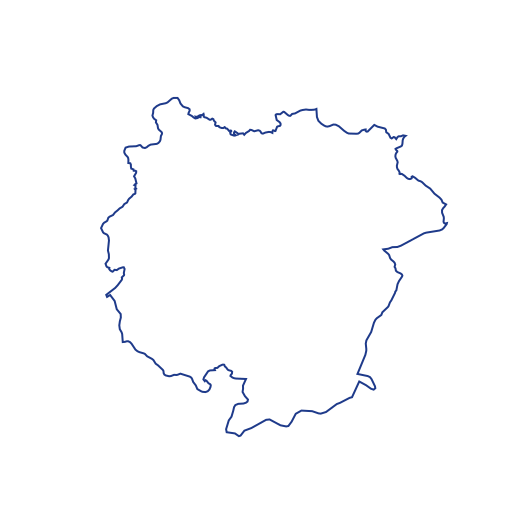 map outline of Kayes (Albers equal-area conic projection), rotated 115°
{"feature_id": "MLI-2793", "entity_name": "Kayes", "entity_type": "Region", "adm_level": 1, "iso_a3": "MLI", "parent_name": "Mali", "parent_adm1": "", "projection": "albers", "projection_center": [-10.556, 13.794], "detail": "fine", "context": "isolated", "style": "outline", "palette": "blue", "viewbox_px": 512, "rotation_deg": 115, "n_neighbors": 0, "source": "natural_earth", "source_scale": "10m", "svg_char_len": 6111}
<svg xmlns="http://www.w3.org/2000/svg" viewBox="0 0 512 512"><g transform="rotate(115 256 256)"><path d="M120.0,297.8L119.5,297.8L118.5,296.9L117.3,294.0L113.7,292.2L113.5,291.3L114.8,286.7L114.9,285.1L114.4,284.1L112.0,283.3L110.3,280.9L105.5,277.3L104.0,275.5L102.1,272.6L101.1,269.5L99.4,266.1L98.3,264.4L97.2,263.4L104.3,259.5L107.1,256.6L108.5,252.7L109.0,249.3L109.0,247.5L108.5,245.9L107.1,244.1L104.2,241.5L103.3,239.3L103.4,235.7L105.3,229.1L105.9,225.6L105.8,223.7L102.7,216.5L101.9,215.2L100.7,214.4L97.5,213.2L95.7,211.2L95.0,210.1L96.2,209.6L96.6,208.5L96.0,207.4L87.2,204.2L87.4,200.5L86.0,193.2L86.6,191.7L88.8,190.2L89.3,187.4L92.0,184.1L92.1,182.7L90.0,181.5L89.8,180.5L90.8,178.3L88.5,178.0L87.3,177.4L86.2,175.2L84.5,173.7L83.9,171.2L85.3,171.9L87.2,172.2L89.0,172.0L92.5,170.7L94.3,170.4L95.6,171.1L99.1,174.3L100.0,174.8L100.7,173.8L101.1,172.4L101.7,172.0L103.3,172.4L104.9,172.4L106.6,171.9L108.0,170.9L110.0,168.2L111.2,167.2L114.6,166.5L116.1,165.7L117.3,164.6L118.3,162.7L119.5,161.2L120.9,160.7L120.9,160.1L120.1,158.9L120.0,158.4L120.5,155.3L121.5,152.4L121.7,150.8L121.5,149.6L120.9,148.6L119.9,147.8L119.4,147.8L118.4,148.4L117.6,147.8L117.9,144.8L118.9,141.3L119.0,140.4L118.7,138.4L118.9,136.6L120.5,132.0L121.3,126.6L124.1,120.6L125.5,114.4L126.6,111.7L128.7,109.4L128.9,105.5L131.4,105.9L133.6,106.6L135.8,106.8L138.2,105.6L141.2,102.4L142.6,101.6L145.7,100.5L146.5,99.7L146.7,98.4L145.5,96.9L146.5,96.7L151.2,97.7L153.2,98.5L155.3,100.4L162.9,111.6L164.5,113.4L185.4,129.0L188.1,131.7L190.4,136.2L193.5,139.2L196.2,143.4L196.9,142.0L198.2,137.1L198.9,135.7L201.2,133.6L202.1,132.1L202.9,129.0L203.5,127.6L204.9,126.2L207.3,125.8L208.2,124.4L210.2,123.0L210.8,121.1L210.7,117.6L211.1,115.9L212.0,115.0L213.3,115.0L218.3,115.8L221.8,115.8L227.8,114.3L229.4,114.7L230.6,114.4L239.1,114.6L241.4,115.0L245.4,114.7L246.5,114.9L253.6,117.7L256.5,117.5L261.3,120.2L263.2,120.8L266.6,120.9L276.2,119.5L285.8,120.3L289.0,119.5L293.7,116.7L295.3,116.0L299.4,115.1L320.0,114.2L317.6,104.0L317.6,101.5L318.8,99.2L323.8,93.1L325.4,92.0L327.4,92.9L327.7,95.7L326.6,101.6L326.1,109.4L343.4,109.3L345.0,111.2L353.7,117.9L356.0,120.2L367.8,126.6L371.5,130.7L372.2,132.8L372.9,139.5L376.9,149.5L382.2,153.3L391.1,153.7L396.4,154.8L397.7,156.6L399.1,162.3L398.4,174.6L400.2,177.6L413.9,187.5L419.2,192.7L425.3,194.1L426.5,195.4L425.7,200.1L428.1,208.1L425.6,209.9L416.5,211.2L412.0,210.3L406.0,211.2L402.2,212.0L399.8,211.7L397.5,209.6L395.0,205.0L393.2,203.1L391.5,202.2L389.5,202.6L387.7,206.8L384.9,210.7L381.6,211.7L379.0,213.0L371.7,213.1L375.5,222.3L376.0,224.1L376.1,226.0L375.5,228.5L374.4,228.6L372.8,228.1L371.0,228.7L370.6,229.9L371.1,232.9L370.6,234.3L369.7,235.8L369.2,237.6L368.0,238.8L368.3,239.9L368.8,240.6L371.4,242.8L373.7,243.7L374.7,245.5L375.3,246.0L376.0,245.9L376.8,245.0L379.2,249.4L380.8,250.7L387.9,251.8L390.1,251.5L391.1,249.5L389.9,249.2L390.0,248.1L391.4,245.3L391.6,243.2L392.2,242.4L393.9,241.9L396.7,241.8L399.0,242.6L400.7,244.3L401.7,247.1L401.8,248.3L401.4,252.9L398.7,255.9L396.7,259.7L394.5,261.9L393.6,263.2L393.3,265.0L394.6,274.8L396.7,276.8L397.4,277.7L398.3,280.0L400.8,282.4L401.7,283.9L402.4,287.3L402.2,288.9L401.3,290.1L399.3,291.3L398.6,292.3L396.5,298.6L396.0,301.4L393.6,305.1L393.2,306.9L392.9,312.3L391.7,315.3L391.7,316.6L392.4,321.1L392.4,323.2L391.8,325.7L388.1,331.7L387.3,333.8L387.3,335.9L388.0,337.2L389.2,338.5L390.3,340.4L383.3,344.3L382.0,345.5L379.9,348.5L376.6,350.6L372.7,351.8L368.9,352.5L365.8,354.1L363.1,359.7L356.5,365.1L353.0,371.7L356.0,373.7L354.5,375.3L344.4,370.1L340.9,369.0L334.4,367.6L333.3,367.7L332.1,368.6L329.3,367.5L328.7,367.6L327.3,368.6L323.3,369.6L322.1,371.1L322.6,372.0L325.3,374.9L327.6,376.2L328.3,378.4L330.4,379.1L330.9,379.5L330.9,380.6L330.6,382.2L329.8,383.6L328.7,383.9L329.0,386.0L328.6,387.1L326.6,389.1L321.5,388.2L320.0,388.4L316.6,390.1L313.6,392.5L304.1,395.8L301.4,397.5L300.2,398.9L299.6,400.2L299.6,403.5L299.2,404.6L296.2,408.2L291.5,408.2L290.0,407.7L287.7,406.1L286.8,405.7L283.7,406.0L282.2,405.3L279.3,402.9L276.1,402.2L273.1,400.7L270.5,399.7L267.8,397.8L264.6,397.3L262.0,395.5L259.3,395.5L257.7,395.2L254.7,393.8L252.0,393.2L251.0,392.1L250.3,391.8L247.1,393.1L246.6,394.1L245.6,393.2L245.1,394.2L243.0,395.0L243.1,396.2L241.8,395.8L240.7,395.0L236.7,398.2L235.3,400.2L231.3,399.8L229.8,400.4L229.7,401.2L230.4,402.9L229.3,403.6L229.5,406.0L227.8,407.2L226.1,408.0L225.1,409.1L225.7,411.0L222.7,412.3L221.2,413.3L220.5,414.2L219.4,417.0L218.5,418.4L217.7,419.2L216.4,419.8L212.9,420.0L210.5,417.4L207.1,410.9L204.8,408.6L204.4,407.7L204.6,407.0L205.6,404.7L205.1,402.3L203.6,401.0L201.6,400.1L199.6,398.6L196.3,393.3L194.8,392.2L192.7,391.6L191.0,391.7L187.4,392.9L185.4,392.8L184.3,393.1L183.6,393.9L182.5,397.6L181.6,398.8L178.8,400.7L177.2,403.2L175.2,403.8L174.7,406.3L173.8,407.9L172.5,409.2L169.8,409.7L167.1,410.8L165.5,410.8L162.1,409.3L159.1,407.0L155.7,402.4L154.2,401.1L149.0,398.8L147.5,397.4L145.9,393.9L147.3,391.4L149.7,388.9L151.3,385.5L151.3,383.5L150.7,380.1L151.1,378.2L152.4,377.5L154.4,377.6L156.0,377.3L156.2,373.4L156.8,371.1L157.0,369.1L155.9,367.6L155.1,369.2L153.7,364.9L153.0,365.1L152.6,366.0L152.6,366.7L151.9,366.1L151.0,364.4L149.4,363.6L150.0,363.1L151.8,362.3L152.0,361.3L151.6,359.2L152.1,355.6L151.7,354.7L150.0,353.7L150.0,352.5L151.1,351.4L152.0,349.1L154.3,348.6L155.0,347.5L154.8,346.6L154.0,345.0L154.0,344.7L154.6,344.0L154.7,343.1L154.5,341.2L153.9,339.8L153.5,339.4L152.5,339.0L152.5,338.5L153.1,337.3L152.8,335.9L154.0,333.3L152.9,331.9L153.0,331.4L153.5,331.1L155.0,331.6L156.3,330.6L156.5,330.1L156.2,326.9L155.8,326.0L155.1,325.3L154.9,326.8L154.3,327.7L153.3,328.1L152.0,327.9L152.5,324.6L153.3,323.5L152.3,322.9L150.3,319.6L151.1,317.9L148.8,317.2L145.6,315.1L144.1,314.7L143.7,313.3L143.7,310.3L141.1,307.2L140.9,305.6L141.2,304.7L142.3,303.1L142.4,302.2L142.1,301.4L140.2,299.7L138.1,296.8L137.5,295.1L137.5,293.2L135.9,293.8L134.9,293.7L134.7,292.8L134.8,291.6L134.5,291.2L129.9,291.5L129.1,290.8L128.0,289.3L126.8,289.1L125.5,289.8L124.7,291.2L124.0,294.7L120.0,297.8Z" fill="none" stroke="#1e3a8a" stroke-width="2"/></g></svg>